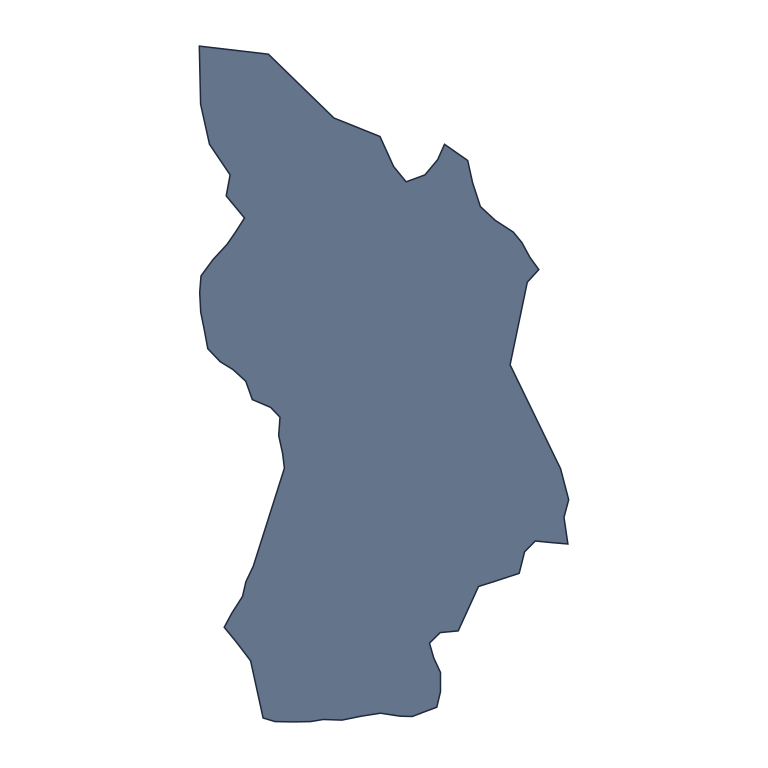 outline of Maratá, Rio Grande do Sul, Brazil
{"feature_id": "56859067B99972506028155", "entity_name": "Maratá", "entity_type": "district", "adm_level": 2, "iso_a3": "BRA", "parent_name": "Brazil", "parent_adm1": "Rio Grande do Sul", "projection": "orthographic", "projection_center": [-51.552, -29.545], "detail": "fine", "context": "isolated", "style": "filled", "palette": "slate", "viewbox_px": 768, "rotation_deg": 0, "n_neighbors": 0, "source": "geoboundaries", "source_scale": "gbopen_adm2", "svg_char_len": 1054}
<svg xmlns="http://www.w3.org/2000/svg" viewBox="0 0 768 768"><path d="M263.1,718.0L275.1,721.6L293.3,721.9L310.5,721.6L323.2,719.5L342.0,720.1L361.3,716.2L380.3,713.2L400.1,716.2L412.3,716.5L424.8,711.7L436.8,707.2L440.5,691.7L440.5,672.5L433.7,657.8L429.5,643.1L440.2,632.6L458.2,630.9L478.5,586.5L498.3,580.2L519.2,573.3L524.6,551.8L535.3,541.0L550.2,542.5L567.9,544.0L564.0,517.3L568.7,499.7L560.6,468.8L510.1,364.8L527.3,282.2L538.8,269.6L529.9,257.3L521.9,242.6L513.3,232.1L495.3,220.4L480.4,206.6L472.6,182.7L467.7,160.5L444.5,144.3L437.7,159.6L424.9,174.9L406.1,181.8L393.6,166.5L380.0,136.5L333.9,118.0L268.4,54.2L199.3,46.1L200.6,104.2L209.5,144.3L230.1,174.9L226.2,195.9L244.5,218.0L235.1,232.7L227.0,244.4L212.9,259.7L201.0,275.9L199.7,292.6L200.7,312.1L204.4,330.4L207.8,348.7L220.3,361.8L233.0,369.6L245.8,381.3L252.3,399.6L270.6,407.4L280.0,417.2L278.7,435.5L282.6,453.5L284.4,468.2L253.2,566.4L245.9,581.7L242.5,596.4L231.8,613.2L224.2,627.3L236.2,641.9L250.6,660.8L263.1,718.0Z" fill="#64748b" stroke="#1e293b" stroke-width="1.5"/></svg>